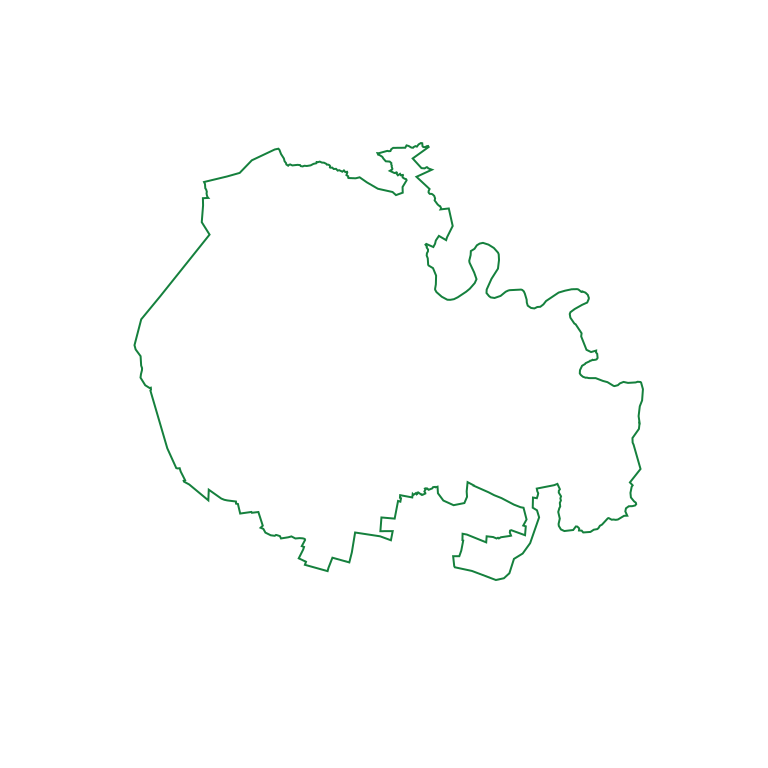 Acala, Chiapas, Mexico, rotated 312°
{"feature_id": "50627088B13121801882345", "entity_name": "Acala", "entity_type": "district", "adm_level": 2, "iso_a3": "MEX", "parent_name": "Mexico", "parent_adm1": "Chiapas", "projection": "mercator", "projection_center": [-92.809, 16.528], "detail": "fine", "context": "isolated", "style": "outline", "palette": "green", "viewbox_px": 768, "rotation_deg": 312, "n_neighbors": 0, "source": "geoboundaries", "source_scale": "gbopen_adm2", "svg_char_len": 6166}
<svg xmlns="http://www.w3.org/2000/svg" viewBox="0 0 768 768"><g transform="rotate(312 384 384)"><path d="M448.9,652.9L450.8,648.6L453.5,647.0L456.9,647.7L459.4,650.3L461.8,651.9L463.5,651.8L464.3,650.5L464.1,648.3L464.9,643.4L468.0,640.0L473.4,636.8L475.1,636.6L475.4,632.6L492.5,631.5L505.9,610.1L506.8,608.0L510.1,604.8L521.2,603.5L524.7,601.0L525.8,599.7L526.0,600.1L530.5,594.7L538.6,589.0L544.5,586.8L553.4,579.9L557.1,574.1L557.1,573.3L555.4,571.0L553.6,570.0L548.1,564.6L545.8,560.6L542.3,558.9L539.6,558.6L536.7,556.7L536.2,555.8L534.9,548.8L532.8,544.7L530.0,537.4L525.3,532.1L524.5,530.5L523.6,529.7L522.5,527.0L522.4,524.2L522.9,522.4L525.4,520.4L530.1,519.0L533.3,520.0L534.4,519.9L538.7,521.7L539.2,521.6L540.2,522.4L541.5,522.7L541.6,523.3L543.8,525.1L544.6,525.5L546.3,525.3L549.1,522.2L549.3,520.5L550.8,519.3L546.3,516.5L544.9,511.6L551.3,498.7L553.9,496.9L556.6,486.5L556.3,485.0L558.0,478.1L560.3,475.2L562.1,474.5L567.2,475.5L575.5,478.3L580.5,480.5L584.1,479.3L585.0,478.7L586.6,475.8L586.7,472.6L585.5,469.4L584.8,469.5L584.5,469.0L584.3,465.2L583.7,464.0L580.0,460.1L574.5,456.1L568.8,452.6L554.1,448.9L549.8,449.2L546.0,448.5L543.8,446.4L540.8,445.2L538.9,442.4L538.4,438.4L540.1,435.6L542.1,433.6L545.4,428.2L546.4,425.9L546.4,423.8L545.9,422.7L537.7,414.5L536.4,413.7L534.0,412.7L527.5,411.7L521.9,408.6L519.8,405.4L519.6,403.3L520.2,399.3L522.9,397.1L534.1,393.5L546.0,391.5L553.1,386.5L557.1,382.5L557.9,380.9L558.6,374.6L557.5,368.4L555.1,363.1L552.3,361.1L549.2,360.2L545.0,360.8L540.9,359.6L537.8,362.1L532.6,364.9L531.4,366.4L527.2,376.4L523.8,382.6L519.7,383.9L512.2,384.0L507.5,383.3L497.8,380.8L493.8,379.2L491.0,377.0L489.0,374.7L487.5,368.5L487.4,361.5L488.3,358.9L488.9,358.3L492.7,355.9L499.4,350.2L502.9,342.9L501.9,337.9L502.2,337.0L506.7,332.4L508.0,329.8L509.9,328.4L512.0,327.9L513.4,326.7L514.0,324.4L514.8,323.9L515.3,321.6L516.4,321.7L518.8,329.0L522.4,328.1L525.3,326.5L530.8,325.7L532.5,333.9L535.1,332.7L547.4,329.3L557.8,314.7L551.6,309.2L552.8,308.9L553.7,306.8L553.4,306.3L553.3,303.8L554.3,298.8L556.1,297.8L557.4,295.4L557.4,293.0L557.0,292.0L555.9,290.8L556.0,289.6L556.3,288.8L557.4,288.0L559.4,287.4L559.7,269.5L575.3,276.2L573.9,272.7L574.0,271.1L573.6,270.6L571.4,269.9L569.5,267.4L570.8,254.4L590.0,258.6L590.4,257.5L589.4,256.7L587.7,256.1L586.4,254.7L586.5,253.5L588.5,251.3L587.8,250.2L585.2,249.4L582.4,249.6L581.8,248.2L580.0,247.5L579.0,247.5L578.0,246.1L577.4,243.1L576.4,241.1L573.8,241.7L565.6,232.8L563.3,232.3L561.4,232.9L560.2,231.8L559.5,230.5L552.0,225.7L551.2,224.7L550.5,226.3L551.1,227.2L551.7,230.7L551.1,232.7L550.7,236.3L553.1,239.4L553.1,241.6L552.0,242.5L551.5,243.7L550.7,244.2L549.5,246.3L548.9,246.5L546.3,245.7L547.7,250.4L548.1,251.0L549.6,251.6L549.7,252.1L548.7,252.9L548.4,254.7L550.9,255.3L550.4,256.8L552.0,258.1L551.9,258.4L550.5,258.9L550.0,259.7L550.3,261.9L551.0,263.2L550.9,263.8L550.5,264.5L542.8,266.0L538.7,269.9L532.4,266.5L532.4,261.9L525.0,248.8L522.4,236.4L521.3,227.6L517.9,225.3L513.4,219.9L513.3,219.4L514.4,218.4L514.1,216.3L516.6,215.2L517.0,214.6L515.6,213.4L515.9,211.3L513.9,211.0L512.9,207.6L511.6,206.8L511.8,204.4L510.1,202.7L510.2,200.8L508.8,199.3L508.8,198.8L509.9,198.1L510.1,197.0L509.6,195.6L508.8,194.7L509.0,193.8L508.3,191.3L507.0,189.7L506.3,187.5L504.7,186.5L503.9,185.4L502.8,186.0L500.4,184.3L497.4,183.2L494.4,180.8L492.9,178.8L491.3,178.0L490.2,176.3L490.5,175.1L489.0,173.1L485.1,169.6L484.4,167.4L483.5,166.8L482.1,166.7L481.8,164.5L482.6,163.4L483.0,161.1L484.6,158.7L486.0,153.6L488.0,149.7L488.2,148.1L485.2,145.9L461.8,136.1L444.3,135.5L433.2,128.5L413.7,115.1L412.8,117.2L409.9,120.2L409.5,121.7L408.3,123.7L407.0,124.5L405.8,126.0L404.9,127.5L404.7,128.9L400.9,125.1L395.7,130.0L382.3,140.3L378.3,154.4L299.5,159.0L269.6,160.3L245.9,172.6L243.5,176.3L241.8,184.5L235.2,191.2L233.9,193.6L232.3,194.9L228.7,196.8L225.8,198.8L223.3,207.4L224.2,212.6L225.2,213.2L223.8,214.7L222.8,214.8L191.2,266.0L182.5,285.9L183.2,287.2L184.7,288.5L182.9,291.5L179.4,300.6L178.0,299.9L177.6,300.7L179.0,306.5L180.0,331.3L188.2,324.5L190.0,339.8L191.1,342.8L192.6,345.4L197.6,352.6L196.1,354.1L197.1,355.7L191.5,363.8L200.2,371.1L199.9,372.0L204.8,376.3L197.6,388.7L194.6,388.5L195.6,391.3L194.2,395.3L195.8,401.1L198.1,404.4L199.5,404.7L199.9,405.3L201.3,408.4L200.3,410.8L206.0,415.4L208.8,417.2L209.9,421.5L213.0,424.4L215.0,427.0L215.8,428.7L215.3,429.7L208.5,431.4L209.4,433.6L206.9,434.7L197.4,437.3L199.7,445.0L196.7,446.2L207.2,467.3L210.1,465.8L220.4,461.9L228.2,477.6L237.3,472.8L254.3,461.9L268.2,483.0L272.5,493.7L280.5,488.9L272.2,479.8L283.1,471.4L291.1,482.0L306.5,472.7L307.5,474.9L310.5,473.1L310.1,472.0L312.2,470.4L318.6,480.9L321.5,478.9L321.4,480.1L324.2,480.7L323.8,482.1L324.6,482.3L325.8,481.6L326.3,481.9L326.8,486.0L327.3,486.0L327.4,486.8L330.3,488.0L330.8,487.4L331.1,486.0L333.5,485.2L333.7,484.4L334.3,484.7L335.2,485.9L334.9,486.5L335.3,486.7L335.3,488.0L338.7,489.7L340.2,489.5L341.7,490.8L341.7,491.4L343.5,492.5L338.9,497.2L337.1,506.1L340.5,516.8L349.3,523.4L355.7,521.2L359.5,517.3L367.0,511.8L368.7,518.5L368.4,518.6L373.5,534.2L375.1,540.3L377.8,547.6L381.3,561.3L383.8,567.9L385.4,570.5L378.7,580.6L372.0,582.2L373.1,584.6L366.0,590.0L360.5,576.4L359.4,575.8L357.8,576.9L356.3,579.9L355.3,579.2L348.3,573.4L346.1,572.7L346.0,571.6L344.5,571.0L343.3,567.5L339.5,562.2L334.7,565.9L327.6,546.4L325.3,542.6L320.4,546.8L320.7,547.6L311.9,552.9L306.4,555.2L302.3,550.6L295.6,558.1L295.2,559.3L303.9,574.4L313.2,598.3L319.9,603.1L327.3,603.8L341.0,597.6L350.8,600.5L363.5,599.1L388.7,588.5L392.5,582.2L391.6,577.3L399.3,570.7L401.4,574.0L403.9,572.9L406.0,571.7L406.8,569.8L408.5,567.5L422.6,578.1L425.8,579.7L423.5,585.1L421.6,585.4L420.2,586.6L419.0,590.7L417.0,591.6L415.8,593.4L413.3,594.2L410.9,596.9L409.0,597.4L405.5,599.1L401.6,604.7L396.8,607.4L395.5,608.9L394.3,612.8L395.4,616.4L402.1,622.3L406.5,621.9L407.4,623.1L407.3,625.5L407.1,625.9L405.6,626.9L407.3,629.0L407.0,631.4L412.2,636.4L416.1,637.4L418.9,639.6L420.4,639.8L423.1,639.3L425.4,640.1L433.9,640.2L434.7,640.7L435.5,644.0L436.9,645.3L438.1,647.1L439.8,648.5L446.7,650.6L448.9,652.9Z" fill="none" stroke="#15803d" stroke-width="2"/></g></svg>